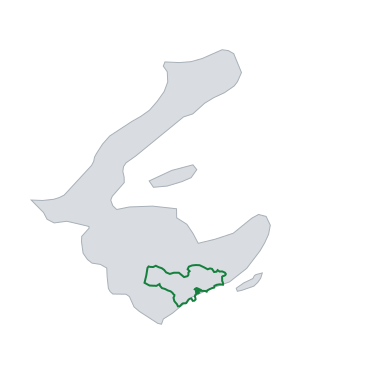 location of Nord within Haiti, rotated 134°
{"feature_id": "HTI-1387", "entity_name": "Nord", "entity_type": "Department", "adm_level": 1, "iso_a3": "HTI", "parent_name": "Haiti", "parent_adm1": "", "projection": "natural_earth1", "projection_center": [-72.317, 19.567], "detail": "fine", "context": "in_parent", "style": "outline", "palette": "green", "viewbox_px": 384, "rotation_deg": 134, "n_neighbors": 0, "source": "natural_earth", "source_scale": "10m", "svg_char_len": 2932}
<svg xmlns="http://www.w3.org/2000/svg" viewBox="0 0 384 384"><g transform="rotate(134 192 192)"><path d="M308.3,122.1L310.3,125.4L314.5,147.0L314.9,153.9L310.7,164.4L311.4,168.5L320.4,178.1L320.5,181.6L319.5,185.1L311.8,194.3L305.9,200.5L307.8,207.7L312.6,214.5L313.2,220.2L311.7,227.8L304.4,237.1L300.5,240.5L289.6,240.9L288.4,242.2L293.8,251.4L300.0,261.7L310.0,269.7L312.3,277.3L309.9,284.5L309.5,302.1L301.8,293.5L293.3,286.4L288.2,283.6L283.0,281.8L242.7,282.7L238.2,284.0L234.7,286.3L230.9,287.4L219.8,289.6L208.8,290.1L183.1,284.3L172.9,281.3L162.6,279.4L150.9,280.0L139.1,281.8L129.7,285.9L122.7,293.3L121.4,300.1L117.2,301.8L107.7,291.0L99.0,283.3L89.1,277.5L68.8,269.2L65.1,264.2L63.5,258.1L71.7,239.4L81.1,235.9L86.3,235.3L97.8,237.6L109.1,241.9L119.4,244.6L135.3,245.7L144.0,250.3L205.2,257.5L216.8,259.7L221.3,258.9L225.2,256.1L228.5,251.1L232.3,247.3L250.5,246.4L254.3,244.8L256.9,239.5L256.9,234.0L246.2,226.6L229.5,210.5L214.8,191.5L221.2,185.1L218.8,173.3L221.1,162.5L224.6,151.9L210.1,142.7L193.0,133.7L169.2,130.8L161.9,128.5L158.1,121.7L161.5,112.6L169.3,107.5L178.1,104.4L187.1,102.2L209.0,99.6L230.7,102.6L249.4,111.9L268.4,119.3L292.5,121.8L303.3,124.4L308.3,122.1ZM215.4,223.0L213.8,230.5L190.6,221.6L171.8,210.2L172.6,204.1L182.2,202.6L191.4,206.4L205.0,214.0L215.4,223.0ZM228.2,87.9L231.9,90.4L230.5,93.4L221.4,91.6L211.9,88.1L208.8,89.0L206.9,88.6L201.4,85.2L206.3,82.7L211.3,81.9L216.7,82.1L228.2,87.9Z" fill="#d9dde1" stroke="#a8b0b8" stroke-width="1"/><path d="M237.2,105.3L239.1,107.9L241.5,109.7L244.0,110.7L245.4,109.7L247.0,110.7L249.8,111.9L252.3,112.6L253.5,112.2L254.1,113.9L258.4,118.5L258.4,119.2L258.0,119.0L256.6,118.5L257.7,121.6L258.1,122.1L259.7,122.5L260.1,122.4L259.7,121.4L260.9,119.9L260.6,119.9L260.0,119.9L259.7,119.9L259.9,119.3L260.2,119.0L260.3,119.2L260.3,118.5L260.1,118.2L259.7,117.0L260.3,117.0L261.6,117.9L263.5,118.1L265.1,117.5L265.9,115.9L266.8,114.8L268.5,114.8L269.8,115.9L269.0,118.5L270.5,119.5L272.0,119.7L275.6,119.0L275.9,119.0L276.4,119.2L277.0,119.7L278.3,121.1L279.2,121.4L282.3,121.4L283.1,121.7L283.5,122.2L283.8,122.7L284.0,122.8L283.6,123.8L283.2,124.6L282.8,128.8L280.9,131.9L279.4,132.3L278.3,133.1L278.4,134.6L278.1,135.9L278.3,138.4L279.6,141.0L280.5,144.1L282.0,146.9L281.7,149.8L280.8,151.4L282.5,151.9L284.2,152.4L288.8,157.6L290.3,163.1L283.8,166.9L277.5,171.3L275.7,171.5L274.9,170.0L272.9,167.8L270.2,166.8L269.3,163.9L267.8,160.8L267.4,157.8L267.8,154.8L266.3,151.0L262.7,149.0L259.2,145.4L258.7,138.6L257.0,137.6L255.7,136.8L254.1,137.0L252.4,138.7L250.6,138.7L250.6,141.5L247.9,142.4L244.7,140.9L241.9,138.5L239.4,135.7L237.9,131.3L236.7,127.0L234.5,126.0L233.4,124.2L234.2,120.5L232.3,119.0L230.4,119.3L230.1,116.9L228.2,115.2L227.2,112.6L227.2,112.0L227.5,110.7L228.7,110.3L230.2,110.8L231.1,111.4L232.0,111.5L233.2,110.4L234.2,109.3L235.0,108.6L235.5,107.3L236.4,105.8L237.2,105.3Z" fill="none" stroke="#15803d" stroke-width="2"/></g></svg>